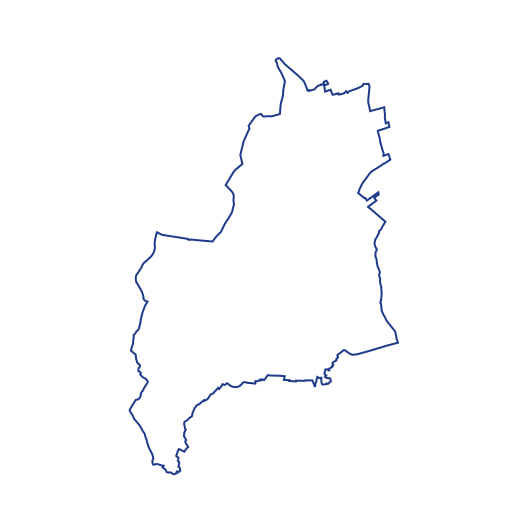 Stalpeni, Arges, Romania (Natural Earth projection), rotated 161°
{"feature_id": "2599482B83298907900991", "entity_name": "Stalpeni", "entity_type": "district", "adm_level": 2, "iso_a3": "ROU", "parent_name": "Romania", "parent_adm1": "Arges", "projection": "natural_earth1", "projection_center": [25.0, 45.053], "detail": "fine", "context": "isolated", "style": "outline", "palette": "blue", "viewbox_px": 512, "rotation_deg": 161, "n_neighbors": 0, "source": "geoboundaries", "source_scale": "gbopen_adm2", "svg_char_len": 6078}
<svg xmlns="http://www.w3.org/2000/svg" viewBox="0 0 512 512"><g transform="rotate(161 256 256)"><path d="M341.9,310.7L342.4,310.1L345.6,305.2L347.6,301.3L348.8,297.0L349.9,294.9L351.0,293.3L352.7,291.6L355.3,289.7L361.4,287.0L363.3,286.4L364.9,285.5L366.5,284.3L367.7,282.7L375.8,276.5L377.1,273.7L377.7,270.7L376.1,263.0L375.5,259.1L375.6,254.7L376.3,251.8L375.3,249.7L373.4,248.2L377.2,245.0L381.3,240.0L385.6,233.6L387.3,230.0L390.9,224.8L393.3,223.8L395.3,222.1L397.6,220.9L398.2,218.5L399.6,216.4L400.7,213.2L403.5,209.8L405.0,207.1L401.9,201.9L402.9,197.6L402.9,193.3L401.7,191.7L401.3,189.8L402.9,188.5L404.2,187.0L404.7,185.7L404.4,185.1L403.3,184.0L402.9,183.1L404.0,181.7L402.6,178.3L400.7,176.3L399.4,173.9L399.2,172.3L400.6,170.9L405.0,167.5L406.4,165.8L408.3,164.8L409.7,163.4L410.3,161.8L411.4,160.4L412.8,159.3L414.0,158.8L416.6,159.1L418.1,157.8L421.1,155.5L425.7,151.5L425.4,148.5L424.7,146.1L424.3,143.9L424.4,142.0L422.1,136.3L420.9,132.6L420.2,128.3L419.1,123.8L419.4,121.6L419.3,117.6L419.6,114.9L419.7,111.6L419.5,108.4L418.7,103.0L418.7,99.8L419.2,97.6L420.6,96.2L421.2,94.4L421.2,92.3L420.4,91.9L418.1,91.8L417.1,91.4L415.6,90.4L412.9,88.3L411.7,87.8L413.2,86.6L411.1,83.6L410.8,80.8L409.2,79.6L408.1,79.7L407.1,79.1L405.2,76.7L404.3,76.2L402.6,76.5L401.7,76.5L401.9,76.9L401.7,77.4L400.8,78.1L400.4,78.0L400.0,77.7L399.1,76.9L398.6,77.0L397.4,77.8L397.5,78.5L397.2,79.1L397.0,80.7L397.7,81.4L398.0,82.0L397.9,82.3L397.2,83.0L396.1,85.1L396.0,86.0L395.8,86.4L395.9,86.7L396.5,87.6L396.5,88.0L395.0,90.1L395.0,90.5L395.4,91.2L396.2,91.9L396.5,93.0L396.3,93.3L395.3,94.4L393.5,97.0L391.7,98.5L387.4,94.3L385.1,96.2L382.3,97.5L383.3,101.9L383.4,103.6L381.9,104.8L382.8,109.1L381.7,111.3L381.5,112.2L380.3,113.2L380.1,113.7L378.8,114.6L379.3,116.0L379.2,116.9L378.9,118.1L378.7,120.5L377.5,122.5L374.4,123.2L370.8,124.9L369.2,125.1L368.4,125.8L367.3,127.9L363.5,132.2L362.1,132.9L361.1,134.0L357.7,134.5L352.2,136.6L352.1,135.8L348.5,136.4L344.1,139.7L342.2,140.0L341.2,139.9L339.0,141.4L334.6,143.6L334.1,142.3L331.0,144.2L329.4,145.7L328.0,144.4L327.1,144.2L325.5,145.2L324.0,144.3L323.2,142.6L321.2,140.4L318.8,138.9L316.4,138.3L315.5,138.2L313.6,138.5L312.6,138.9L311.4,139.4L310.2,140.3L309.0,140.6L307.9,140.5L304.6,138.5L301.9,137.4L298.7,135.7L298.2,135.6L297.7,136.5L297.5,137.7L297.1,137.9L296.3,137.5L295.3,137.2L293.0,137.1L291.8,136.8L292.1,137.7L289.6,137.1L289.4,136.5L288.8,136.1L288.0,136.3L285.2,138.5L283.6,139.5L281.3,138.3L272.9,135.2L268.0,133.0L269.9,129.8L264.8,127.7L265.2,126.9L258.9,124.4L258.7,125.1L250.5,122.1L250.1,122.4L243.2,120.0L242.8,112.9L241.5,115.8L240.3,117.1L239.5,118.3L238.9,119.5L237.4,121.7L235.9,120.0L233.8,119.7L233.8,119.0L234.6,117.9L234.9,116.7L235.3,114.3L235.3,113.4L234.7,112.8L232.7,112.1L231.6,112.1L230.8,112.6L230.4,111.9L229.8,111.6L226.0,113.1L225.7,116.0L227.2,117.0L227.7,117.0L228.2,117.3L228.5,117.7L229.2,117.8L229.6,118.2L230.0,119.3L229.5,119.4L229.2,119.9L228.7,120.2L229.1,120.4L229.4,120.7L229.2,121.4L229.6,122.2L229.2,123.2L228.0,125.1L227.3,126.1L226.0,125.9L225.2,125.4L224.6,125.2L224.8,124.9L224.8,124.3L224.5,124.1L224.1,124.1L224.3,124.6L224.1,125.1L223.7,125.5L223.1,125.8L222.2,125.7L221.3,126.1L220.3,126.1L220.0,126.3L219.7,127.3L219.0,127.3L218.3,127.8L218.8,129.3L218.6,129.8L218.2,130.2L217.4,130.4L216.8,130.7L214.4,130.9L214.2,131.0L214.4,131.3L213.6,132.0L213.6,132.5L212.3,132.9L211.6,133.3L211.4,133.8L211.6,135.0L211.0,136.0L206.7,137.3L204.3,138.3L203.6,138.4L202.9,138.1L202.2,137.4L201.5,136.3L198.9,132.8L197.5,131.6L196.4,131.0L191.8,130.1L180.6,129.4L160.8,128.6L150.0,127.8L149.9,129.9L150.1,131.7L149.5,134.5L149.0,139.4L153.4,151.7L154.8,160.7L154.9,163.9L153.4,169.6L153.4,170.7L153.7,171.6L152.4,172.9L151.8,174.5L151.0,175.9L149.6,179.1L148.7,182.0L148.0,185.1L147.4,186.7L147.6,188.2L147.2,190.1L147.2,191.4L146.1,193.7L145.9,194.4L146.1,195.6L145.9,197.4L145.6,198.3L144.6,199.4L144.4,200.0L144.0,202.0L144.2,203.1L144.4,206.7L143.9,210.3L143.6,211.0L143.5,212.3L143.1,213.6L143.2,217.1L141.5,220.9L139.6,222.6L140.1,225.9L139.9,229.3L137.8,232.8L135.5,234.5L135.2,235.0L132.5,237.5L131.5,239.5L130.3,239.8L129.0,240.6L126.7,242.8L122.5,246.3L131.8,262.4L132.6,263.5L134.1,266.0L124.1,269.2L125.3,272.4L123.6,273.0L123.4,273.2L120.0,274.1L119.6,276.4L133.1,272.3L133.8,275.4L134.8,275.6L135.1,276.0L138.9,282.4L137.0,284.3L136.7,285.1L131.8,290.0L121.1,297.4L119.3,298.2L107.2,301.1L106.1,301.7L104.3,301.7L97.6,303.4L97.5,308.5L97.6,309.3L102.9,309.2L102.1,311.0L101.8,312.3L101.9,315.2L101.5,321.5L101.7,321.8L101.0,325.2L100.6,328.0L100.3,333.7L100.0,334.7L91.5,334.6L88.4,334.6L87.8,334.7L87.3,339.4L90.1,339.2L89.3,343.9L88.8,345.9L88.1,347.4L87.8,348.5L87.5,350.3L86.3,354.9L101.0,355.8L100.2,360.8L100.2,362.0L99.8,365.1L98.6,368.1L93.4,379.4L93.6,379.9L93.6,382.3L96.4,382.9L98.5,383.7L99.8,382.1L102.0,382.0L103.5,381.7L106.5,381.5L113.7,381.4L114.6,381.3L116.2,380.4L117.2,382.5L118.0,381.9L119.2,381.3L120.6,381.2L125.1,381.6L125.1,383.0L127.1,383.0L127.2,383.3L129.9,383.2L131.2,383.7L131.3,388.9L137.1,388.9L136.1,394.9L131.7,395.3L131.8,396.7L132.3,398.8L135.3,398.5L135.6,396.9L135.8,396.5L137.9,396.8L138.0,396.9L138.4,396.9L138.4,396.5L141.9,396.8L145.4,395.2L146.5,394.5L151.7,394.8L151.6,395.5L153.3,395.6L153.4,399.6L153.8,405.2L154.3,406.7L158.1,414.0L166.3,428.0L169.0,434.9L170.5,435.8L173.1,435.2L173.8,434.5L173.8,433.9L173.5,433.5L173.4,432.1L173.8,427.5L172.4,420.6L171.7,412.6L172.0,411.6L172.3,410.6L173.4,409.0L176.5,403.4L177.1,401.6L178.5,398.5L182.3,393.0L182.9,392.0L185.0,387.6L187.0,382.7L187.4,382.5L195.6,382.9L198.3,384.0L203.1,385.3L204.2,386.3L204.9,388.7L207.9,388.8L211.3,388.1L220.6,381.5L220.7,378.7L230.5,368.3L238.0,356.5L238.9,347.4L246.8,344.5L249.8,342.8L261.6,332.9L257.8,324.7L257.2,322.0L257.5,319.7L258.6,317.5L259.4,315.1L260.0,311.8L262.0,309.1L263.8,306.1L265.3,304.4L270.1,300.3L275.2,296.4L281.3,290.2L285.8,288.1L287.7,287.0L290.4,285.3L292.3,283.8L309.3,291.4L311.8,292.7L312.9,292.6L314.8,293.6L314.7,294.3L337.8,306.5L341.9,310.7Z" fill="none" stroke="#1e3a8a" stroke-width="2"/></g></svg>